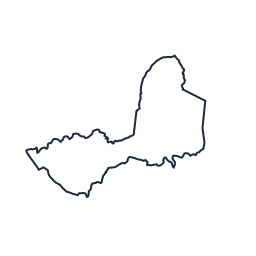 outline of La Magdalena Tlatlauquitepec, Puebla, Mexico, rotated 31°
{"feature_id": "50627088B24102510221280", "entity_name": "La Magdalena Tlatlauquitepec", "entity_type": "district", "adm_level": 2, "iso_a3": "MEX", "parent_name": "Mexico", "parent_adm1": "Puebla", "projection": "equal_earth", "projection_center": [-98.104, 18.743], "detail": "fine", "context": "isolated", "style": "outline", "palette": "slate", "viewbox_px": 256, "rotation_deg": 31, "n_neighbors": 0, "source": "geoboundaries", "source_scale": "gbopen_adm2", "svg_char_len": 4958}
<svg xmlns="http://www.w3.org/2000/svg" viewBox="0 0 256 256"><g transform="rotate(31 128 128)"><path d="M203.4,107.2L201.1,101.1L192.0,89.9L181.0,66.5L180.3,64.9L155.1,66.7L154.9,65.8L153.5,65.1L152.7,64.3L152.3,63.8L152.2,63.0L152.4,62.3L152.8,61.3L153.1,60.5L152.7,59.4L152.3,57.9L151.1,57.0L150.1,56.6L149.6,55.5L148.9,54.4L148.2,53.8L147.7,53.8L147.6,53.0L147.3,52.7L146.8,52.9L146.5,52.6L146.5,52.0L146.5,51.4L146.5,50.9L146.4,50.3L146.4,49.7L146.2,49.2L145.5,48.8L144.5,48.6L143.5,48.2L142.5,47.5L141.6,47.0L140.3,46.4L139.5,46.0L138.7,45.5L138.2,45.5L137.9,45.1L137.5,44.5L137.2,44.1L136.5,43.8L135.9,43.6L135.0,43.6L134.3,43.4L133.2,43.0L132.5,42.8L131.6,42.2L130.7,41.9L130.1,43.1L129.1,44.3L128.2,45.3L126.0,46.2L124.5,47.5L122.3,48.8L120.2,51.5L119.1,53.8L118.2,55.5L117.6,56.9L117.3,58.6L116.3,61.9L116.5,65.4L116.4,67.6L115.6,69.1L115.2,71.3L115.5,73.0L116.0,75.1L115.4,77.4L116.7,81.9L117.7,85.2L119.5,89.2L121.5,91.3L121.1,92.6L123.5,95.9L123.9,97.2L124.6,100.4L125.6,102.4L127.9,105.5L127.1,107.3L126.7,108.2L126.9,108.3L126.8,108.8L126.6,109.3L136.2,130.5L136.0,131.3L135.7,132.1L135.3,132.7L134.9,133.2L134.5,133.8L133.7,134.4L133.6,135.4L133.1,136.4L132.6,136.7L131.8,137.6L130.8,138.9L130.0,140.1L128.7,142.2L127.3,143.0L126.6,143.8L125.9,144.8L124.5,145.2L124.0,145.6L123.3,146.0L123.4,148.7L122.6,149.2L122.2,149.1L122.0,148.8L121.8,148.4L121.3,148.4L120.9,148.3L120.5,148.4L120.2,148.8L119.6,149.3L119.0,150.0L118.2,150.5L117.0,149.7L116.2,147.2L114.4,148.2L114.3,146.8L113.7,146.9L112.9,146.7L111.9,146.8L111.7,146.0L111.2,145.0L110.9,144.8L109.9,144.9L108.5,145.2L106.0,146.2L104.4,144.6L103.0,144.8L101.8,145.7L99.6,148.7L99.9,150.1L100.3,151.6L100.1,152.7L99.3,154.6L98.4,156.9L96.8,158.5L96.0,158.5L94.7,158.0L92.9,159.0L92.7,159.0L89.9,159.3L88.4,158.7L86.8,159.3L84.4,161.1L84.2,161.8L84.9,164.0L84.0,167.1L83.3,167.7L81.5,166.8L81.4,166.6L80.0,166.6L78.5,167.5L77.7,169.0L78.2,171.7L77.4,173.3L77.5,174.5L75.4,174.2L73.9,174.0L72.9,174.2L71.7,174.7L70.7,175.2L70.6,175.3L70.1,175.8L69.8,176.8L69.7,177.8L69.8,179.2L69.8,180.0L69.5,180.7L68.3,181.7L67.8,182.4L67.7,183.3L68.1,184.0L68.6,185.0L69.2,186.0L69.2,187.4L68.9,187.8L67.7,187.6L66.7,187.7L66.2,188.1L65.1,189.1L64.6,189.9L64.3,190.4L63.9,192.1L63.8,194.1L63.5,195.6L62.9,195.9L62.5,195.4L61.9,194.6L60.7,192.7L60.3,192.2L59.9,192.0L59.5,192.2L59.3,193.4L58.9,193.9L58.1,194.7L57.4,195.3L56.9,195.6L56.6,195.8L56.0,195.8L55.6,196.0L52.6,198.9L52.6,199.7L52.9,200.3L54.3,201.3L56.2,202.2L58.6,203.3L58.9,203.4L63.1,205.2L63.8,205.5L65.2,206.1L67.3,207.1L67.8,207.2L68.9,207.7L70.6,208.4L73.1,209.7L75.8,205.3L80.5,205.4L81.4,205.8L82.9,207.8L84.1,208.7L84.6,209.0L86.7,210.2L88.6,210.5L92.1,211.6L93.3,211.8L94.4,212.0L95.6,211.8L97.3,211.8L98.9,211.9L99.4,211.9L100.8,212.3L102.5,213.0L103.0,213.2L104.2,213.4L105.6,213.6L106.6,213.9L107.7,214.1L108.6,214.1L109.9,213.6L114.7,212.8L119.5,211.4L119.7,209.1L121.0,208.4L122.9,206.9L124.4,206.2L125.4,206.2L128.4,208.2L129.0,207.3L128.5,205.1L127.7,204.1L127.7,203.7L127.0,202.5L127.4,200.9L127.6,199.7L126.0,195.7L126.0,194.5L126.1,193.8L126.8,193.5L127.8,192.2L128.6,191.7L129.3,190.2L130.4,189.8L133.1,189.1L133.3,188.3L133.2,187.3L132.9,187.0L132.2,184.9L131.9,183.3L131.4,182.5L131.5,180.7L132.1,177.3L131.6,177.3L131.6,176.9L131.7,176.6L131.8,175.8L131.8,175.5L131.8,172.3L132.5,171.9L133.4,170.9L135.0,169.9L136.6,168.6L137.3,167.9L139.4,163.5L140.0,162.6L140.6,161.6L142.0,160.4L143.3,160.1L144.0,158.9L144.4,157.5L144.5,156.2L143.8,154.5L143.8,153.5L144.0,152.6L144.5,151.8L145.9,151.3L148.0,150.7L153.9,149.4L155.3,148.6L158.4,148.1L159.5,146.4L162.6,147.3L162.7,148.5L163.5,149.9L164.7,149.3L165.7,148.6L166.5,148.5L169.0,146.3L171.3,144.3L172.8,145.0L173.5,144.6L174.2,144.2L174.8,143.5L175.4,142.7L175.8,141.6L176.0,140.4L176.2,139.7L176.2,139.2L176.1,138.7L175.9,138.4L175.3,137.9L174.9,137.7L174.7,137.2L174.6,136.7L174.5,136.0L174.5,135.4L174.5,134.9L174.7,134.4L175.0,134.1L175.9,134.0L176.5,134.4L177.5,134.8L178.2,135.0L179.1,135.3L180.0,135.5L181.0,135.5L182.0,135.1L183.3,135.4L184.5,136.4L185.3,137.1L185.9,137.6L186.4,138.1L187.5,138.3L187.4,137.3L187.1,135.7L186.8,134.9L186.3,134.0L185.9,133.3L185.3,132.8L184.6,132.5L183.8,132.3L182.8,131.8L182.3,131.4L181.7,131.1L181.6,130.7L181.4,130.4L181.2,129.9L181.2,129.5L181.0,129.0L181.3,128.2L182.1,127.8L182.9,127.5L183.8,127.1L185.0,126.6L185.7,126.4L186.3,126.3L187.1,126.3L187.7,126.3L188.2,126.2L189.3,125.7L189.6,125.1L189.6,123.8L189.6,123.1L189.6,122.5L189.5,121.9L189.5,121.4L189.6,120.9L189.9,120.4L190.2,120.0L190.9,119.7L191.5,119.4L192.0,119.1L193.0,119.0L193.8,119.0L194.5,119.1L195.0,119.6L195.6,119.7L196.3,118.9L196.7,118.0L197.0,117.5L197.5,116.9L198.0,116.8L198.5,116.6L199.0,116.5L199.8,116.5L200.1,116.2L199.9,115.0L199.8,114.4L199.8,113.8L200.2,113.3L201.0,112.6L201.5,111.8L201.6,111.0L201.8,110.3L202.0,109.6L202.3,109.0L202.4,108.5L202.7,108.1L203.1,107.6L203.4,107.2Z" fill="none" stroke="#1e293b" stroke-width="2"/></g></svg>